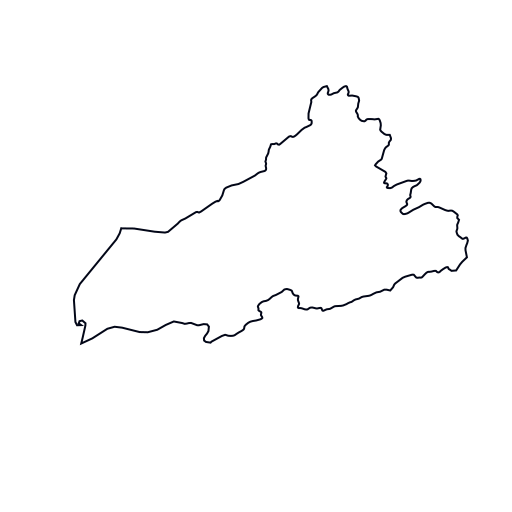 the State of Kelantan, rotated 240°
{"feature_id": "MYS-1144", "entity_name": "Kelantan", "entity_type": "State", "adm_level": 1, "iso_a3": "MYS", "parent_name": "Malaysia", "parent_adm1": "", "projection": "equal_earth", "projection_center": [101.974, 5.407], "detail": "fine", "context": "isolated", "style": "outline", "palette": "ink", "viewbox_px": 512, "rotation_deg": 240, "n_neighbors": 0, "source": "natural_earth", "source_scale": "10m", "svg_char_len": 6150}
<svg xmlns="http://www.w3.org/2000/svg" viewBox="0 0 512 512"><g transform="rotate(240 256 256)"><path d="M218.4,179.9L221.2,179.5L223.2,176.6L224.6,171.8L225.5,170.4L230.5,166.3L231.5,164.3L232.1,162.2L232.9,160.3L234.8,158.6L240.4,152.1L241.4,143.4L241.5,133.6L244.1,124.1L248.3,117.2L260.9,104.2L265.4,98.2L267.3,90.9L266.5,73.0L267.6,60.9L272.0,65.1L281.0,73.4L283.0,74.7L287.0,73.3L287.8,70.6L286.3,68.8L283.6,70.0L285.5,66.4L289.1,66.6L308.9,76.3L312.7,79.4L319.8,89.4L340.2,143.4L343.8,149.3L347.4,153.2L347.0,153.6L340.8,164.1L327.7,180.4L321.8,188.9L320.9,191.9L323.2,204.6L323.7,206.1L324.2,208.3L324.2,209.6L323.8,213.5L324.0,225.8L323.8,226.6L323.5,227.2L322.1,228.4L322.0,230.7L323.2,244.2L323.3,248.0L323.0,250.1L322.4,250.4L322.3,251.2L322.6,252.5L325.3,257.1L329.1,261.2L329.8,262.3L330.1,264.4L329.3,270.2L327.1,276.8L326.6,282.1L326.2,295.3L326.7,298.8L326.7,299.7L326.7,300.6L326.4,302.2L325.3,306.0L325.4,307.0L325.8,307.9L327.0,308.7L329.3,309.4L330.6,310.7L331.1,311.0L333.1,311.4L334.5,312.9L335.8,313.7L336.3,314.1L338.7,317.8L340.2,319.2L341.2,319.9L341.8,320.5L343.5,323.0L345.2,324.8L344.9,325.9L344.1,327.2L343.8,327.8L343.6,329.4L343.3,330.0L342.9,330.4L341.6,330.8L341.2,331.2L340.8,331.8L340.9,333.0L342.9,344.2L342.7,345.3L342.4,346.1L341.3,346.8L340.9,347.2L340.6,347.8L340.4,348.8L340.5,350.4L340.8,352.2L342.4,358.6L342.8,362.3L342.5,364.2L342.2,368.6L342.5,369.7L343.3,370.7L345.1,371.7L345.9,371.7L346.5,371.3L347.2,370.2L347.7,370.0L349.0,370.3L353.2,372.8L361.7,380.9L363.5,381.7L364.1,382.4L364.5,383.7L364.7,386.9L365.0,388.8L365.9,390.5L366.5,391.3L366.9,392.2L368.5,397.2L368.6,398.9L367.7,402.3L364.3,402.1L362.9,401.5L361.2,399.6L360.6,399.3L359.9,399.3L359.2,399.7L358.5,401.0L358.2,402.0L358.1,404.7L357.0,408.3L357.2,409.8L357.8,411.1L358.0,411.8L358.5,415.3L358.6,417.1L358.4,417.9L358.2,418.7L357.8,419.2L357.1,419.4L354.9,418.8L352.3,418.5L351.6,418.2L351.0,417.7L350.7,417.2L349.8,416.2L349.3,416.1L348.6,416.3L347.9,417.4L346.9,419.5L344.3,422.5L343.1,423.6L342.4,423.9L341.5,423.9L339.2,423.1L338.6,422.6L336.9,420.8L333.9,418.6L333.2,417.5L332.3,415.7L331.9,415.2L331.2,414.9L330.2,414.8L328.7,414.9L327.8,414.8L327.0,414.6L325.9,413.9L323.8,413.8L321.5,414.4L320.1,415.2L318.5,417.1L318.4,418.0L318.5,418.8L318.8,419.4L318.9,420.1L318.8,420.9L318.5,421.6L316.5,425.0L315.0,427.0L313.6,430.6L312.8,431.0L311.6,431.0L308.8,430.4L306.7,429.4L303.3,426.7L302.4,426.6L301.1,426.8L297.4,428.2L295.8,429.4L294.0,432.4L290.5,431.8L289.9,431.4L289.2,430.9L288.4,428.8L287.7,427.7L286.1,426.8L285.7,426.3L285.5,425.5L285.2,422.9L284.7,421.6L283.6,419.9L277.5,413.7L277.1,413.1L276.9,412.4L276.7,409.0L275.6,405.5L275.0,404.4L273.6,404.7L264.2,410.1L262.4,410.2L260.1,407.9L259.5,407.8L258.2,407.8L257.8,407.4L256.2,404.4L255.4,403.5L255.0,403.6L254.5,404.0L253.7,405.3L253.0,405.9L251.9,405.9L251.3,405.5L250.8,405.0L250.2,403.7L249.7,403.6L249.0,404.1L247.7,406.1L247.4,407.3L247.3,408.4L247.6,410.0L247.6,411.9L247.5,413.8L245.7,424.0L245.3,425.4L244.8,426.2L243.0,428.5L242.1,430.3L241.3,432.4L241.2,436.0L240.8,436.6L240.2,436.8L239.1,436.3L238.4,435.6L237.7,434.3L237.0,431.3L236.9,430.5L237.2,428.0L237.2,427.1L237.2,426.2L236.8,424.7L236.0,423.7L233.1,421.4L231.8,420.1L231.1,419.8L230.2,419.6L229.7,419.2L229.4,418.4L229.3,415.8L228.8,414.4L227.9,413.4L227.4,413.2L225.4,412.9L224.9,412.5L224.6,411.9L224.4,410.2L224.4,408.1L224.3,406.3L224.1,405.5L223.6,404.2L223.1,403.8L222.4,403.5L221.5,403.5L219.1,404.2L218.4,404.9L217.9,405.9L217.3,408.1L217.2,409.5L217.4,415.3L216.8,421.6L216.9,426.3L216.7,428.2L216.1,431.4L215.5,432.7L214.8,433.4L213.7,434.1L209.9,435.2L208.8,435.8L207.4,438.1L206.3,439.1L201.2,442.8L199.7,444.2L198.8,445.3L198.3,446.7L197.3,448.4L196.4,449.0L195.2,449.6L191.4,451.1L190.4,451.1L189.6,450.2L188.3,449.3L185.8,449.9L183.8,447.7L182.6,446.0L181.9,445.5L179.4,444.3L178.6,443.6L177.7,442.5L177.1,441.9L175.9,441.5L173.7,441.1L171.7,441.6L170.1,442.4L168.0,443.2L167.4,443.7L167.2,444.5L167.0,447.2L166.5,447.7L165.4,447.7L163.4,447.2L161.2,445.0L160.7,444.2L158.2,441.4L156.2,440.3L149.4,438.0L147.9,431.8L146.7,428.5L143.4,422.1L145.4,417.9L147.2,417.1L148.2,416.5L148.8,416.4L149.9,416.6L150.5,416.5L150.9,415.7L151.2,414.4L151.1,411.5L150.8,408.7L150.4,407.2L150.4,406.4L150.7,405.5L151.6,404.8L153.1,404.4L153.6,403.7L154.1,402.6L154.8,400.1L155.7,398.0L156.1,397.4L156.3,396.6L156.3,395.3L155.8,393.2L154.7,389.6L154.6,388.9L154.8,388.0L155.5,387.0L156.5,384.7L156.9,384.3L157.5,383.9L160.8,383.3L161.4,382.6L161.9,381.4L163.5,374.8L163.8,372.0L162.6,362.8L162.1,361.4L160.4,359.1L159.0,355.0L161.6,352.2L162.7,350.3L163.0,345.6L164.3,342.1L164.6,338.5L164.6,336.6L164.8,334.9L165.2,333.6L167.2,328.7L167.6,327.0L167.6,323.9L168.6,320.4L168.7,318.4L168.5,316.6L168.5,315.6L168.9,314.2L169.1,312.1L169.1,310.2L169.6,306.7L170.3,304.7L172.7,300.0L173.1,299.0L173.2,298.1L173.2,294.5L173.3,293.4L174.4,290.8L174.6,289.6L174.8,287.5L175.0,286.7L175.5,286.3L176.7,286.3L177.5,286.5L178.2,286.5L178.8,286.0L179.3,284.8L179.9,282.9L180.5,281.9L183.2,279.1L183.9,277.8L184.2,276.6L184.0,273.9L184.5,272.8L185.4,271.6L187.6,269.7L188.6,268.6L189.5,267.0L190.0,266.6L190.6,266.6L191.5,267.3L192.9,269.3L193.4,269.6L196.7,270.2L197.8,270.8L199.6,272.5L200.1,272.6L200.7,272.3L201.8,270.7L202.6,269.9L203.9,269.3L205.7,269.2L207.6,269.6L208.3,269.5L208.9,269.1L209.6,268.6L211.6,266.7L212.1,266.0L212.6,264.6L212.8,263.7L212.0,260.3L212.3,253.7L212.7,251.4L212.8,250.3L212.6,248.9L212.0,246.2L211.8,244.5L212.1,242.3L213.0,239.8L213.2,237.9L213.0,236.5L212.7,234.8L211.8,232.9L211.2,232.3L209.3,231.9L207.8,231.0L206.8,231.3L205.2,232.3L204.6,232.4L204.1,232.2L202.7,230.9L202.2,230.7L200.2,230.8L199.6,230.7L199.1,230.4L198.9,229.4L199.0,228.0L200.1,223.8L201.3,220.7L201.9,218.4L202.0,217.2L202.0,215.7L201.6,213.0L201.2,211.7L200.8,210.8L199.4,209.7L198.6,208.7L198.4,207.5L198.3,205.9L198.4,203.0L198.3,200.4L198.1,198.2L198.2,197.1L198.6,195.8L199.7,193.7L200.9,192.0L202.8,190.3L203.2,189.8L203.8,186.5L204.1,174.6L203.7,173.3L206.6,169.7L208.7,168.8L210.9,169.8L212.3,172.1L213.3,174.8L214.8,177.3L218.4,179.9Z" fill="none" stroke="#020617" stroke-width="2"/></g></svg>